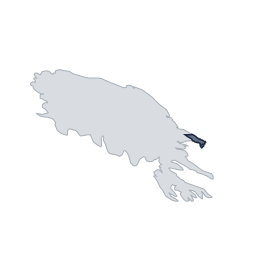 Suðurnes on a map of Iceland (Natural Earth projection), rotated 212°
{"feature_id": "ISL-704", "entity_name": "Suðurnes", "entity_type": "Independent Town", "adm_level": 1, "iso_a3": "ISL", "parent_name": "Iceland", "parent_adm1": "", "projection": "natural_earth1", "projection_center": [-22.463, 63.949], "detail": "fine", "context": "in_parent", "style": "filled", "palette": "slate", "viewbox_px": 256, "rotation_deg": 212, "n_neighbors": 0, "source": "natural_earth", "source_scale": "10m", "svg_char_len": 4522}
<svg xmlns="http://www.w3.org/2000/svg" viewBox="0 0 256 256"><g transform="rotate(212 128 128)"><path d="M195.4,95.6L197.6,95.7L201.3,94.8L206.4,92.3L208.6,91.7L213.7,91.7L207.7,94.2L205.5,96.9L203.8,98.2L203.9,98.8L208.3,100.4L210.4,99.9L211.3,100.1L212.2,100.9L212.9,102.4L212.6,104.0L211.4,105.6L209.7,106.9L210.0,107.4L211.4,107.6L218.5,106.8L219.4,108.7L220.1,109.4L220.0,110.1L217.2,112.2L220.5,110.8L223.2,110.5L227.8,111.1L229.7,111.9L230.8,113.2L233.1,112.8L234.2,113.6L234.2,114.4L233.3,116.7L230.7,117.8L232.4,119.4L233.8,119.5L234.1,119.8L234.0,120.8L231.9,121.9L235.4,123.2L235.9,123.7L235.8,125.1L235.2,125.9L234.2,126.4L231.7,126.5L230.3,127.0L230.8,127.9L230.5,130.4L228.6,132.4L226.8,133.5L225.1,134.2L220.1,133.4L220.4,135.1L218.6,136.2L219.0,137.1L219.7,137.5L219.4,138.7L217.2,141.1L215.7,141.8L212.5,142.8L208.0,144.9L203.3,144.9L192.0,148.0L187.5,149.7L179.6,154.7L176.2,156.0L170.3,156.6L152.8,159.9L150.9,161.9L150.8,162.4L151.6,163.1L150.3,164.5L147.6,165.5L146.4,165.5L144.2,164.7L143.9,165.1L144.8,166.1L136.2,167.9L124.2,167.0L113.6,164.5L105.2,164.0L99.2,160.6L99.0,160.1L99.6,159.0L101.8,158.6L100.7,157.6L97.2,159.4L96.0,159.3L94.5,158.6L94.4,157.9L91.5,157.6L86.3,155.4L85.9,154.9L87.1,154.2L86.9,154.1L84.1,154.2L80.0,156.2L56.0,157.0L55.2,155.9L54.2,152.0L55.0,150.4L56.0,150.5L58.8,152.8L65.3,151.5L67.9,150.7L70.3,148.6L71.7,147.9L73.6,145.2L75.6,143.5L79.7,142.8L76.0,142.3L70.0,144.4L67.9,144.4L68.9,143.5L70.9,142.5L69.5,142.4L69.0,141.9L68.9,140.9L70.0,139.3L77.1,136.4L75.4,135.9L70.5,138.1L66.9,138.8L63.9,137.8L62.5,136.5L62.6,135.9L64.3,134.2L64.0,133.8L62.9,133.7L59.7,132.1L54.7,132.3L42.2,131.3L32.9,133.5L30.6,132.5L28.8,130.3L29.2,129.5L30.8,129.0L35.4,129.1L42.1,128.1L45.2,126.8L46.4,127.1L47.0,127.7L51.1,126.8L53.3,125.7L57.1,126.2L71.1,125.6L72.9,124.1L73.6,122.4L73.3,122.1L68.1,123.6L67.0,123.6L61.0,122.8L58.9,121.8L59.6,121.1L62.7,119.4L70.7,116.6L71.9,116.1L72.0,115.4L68.8,114.3L62.8,114.6L61.2,113.2L56.2,112.4L52.9,112.9L51.1,112.0L31.4,116.4L25.0,114.4L20.5,114.1L20.1,113.4L22.8,111.5L24.6,111.2L26.4,111.3L29.9,112.7L32.3,113.1L29.3,111.1L29.2,109.2L28.2,108.7L27.3,107.5L27.7,107.1L31.3,107.3L37.1,109.5L39.9,109.1L43.6,107.7L35.3,106.9L32.8,105.2L34.6,104.3L38.9,104.4L34.2,101.5L34.0,100.9L34.8,99.6L40.7,100.8L37.6,99.0L37.5,98.6L38.4,98.3L38.9,97.2L40.4,96.8L43.4,97.1L48.0,99.2L48.7,99.8L48.8,101.8L50.7,101.5L52.8,101.8L54.7,100.4L55.9,100.7L56.9,102.0L56.8,104.7L58.0,103.8L60.2,103.7L60.5,101.4L60.1,99.6L53.0,97.5L50.3,96.0L50.6,95.5L52.0,95.0L59.3,94.6L56.2,93.7L55.4,92.8L49.8,93.2L47.0,92.8L46.9,92.3L48.0,91.6L51.4,90.2L57.9,90.1L60.5,90.5L65.5,93.6L69.5,94.9L76.2,99.1L80.5,100.7L80.7,101.1L80.0,101.6L78.4,102.2L80.9,102.9L82.5,104.0L82.6,104.5L81.2,107.9L79.6,109.0L75.6,108.4L76.6,109.5L79.4,110.6L80.0,111.3L79.6,111.9L81.0,111.7L81.4,112.1L80.8,114.0L80.1,114.7L82.5,115.1L84.1,116.1L86.1,120.0L87.2,117.0L87.7,115.9L88.7,115.5L89.8,112.4L92.4,110.6L94.9,109.9L97.5,112.1L99.3,112.3L101.2,108.5L101.4,105.7L100.8,102.7L101.1,100.5L102.4,99.2L104.0,98.8L107.6,100.1L110.6,103.1L115.1,106.4L118.3,107.3L118.8,107.2L119.3,106.1L118.8,101.8L120.2,99.5L123.9,98.9L129.4,96.8L130.7,96.7L133.4,97.9L138.5,102.3L142.0,104.3L144.0,107.5L144.8,108.1L145.5,107.1L145.6,105.7L141.1,99.0L141.1,98.1L141.5,97.4L149.1,97.7L150.8,98.5L156.3,102.3L158.8,100.7L163.8,96.2L165.6,96.4L170.1,98.2L171.8,98.0L176.9,96.4L178.0,94.3L175.6,90.1L176.5,89.2L181.2,88.1L186.4,88.3L191.9,92.3L192.2,94.1L195.4,95.6Z" fill="#d9dde1" stroke="#a8b0b8" stroke-width="1"/><path d="M70.4,156.5L69.8,156.6L69.0,156.6L68.7,156.6L67.7,156.8L62.3,156.1L61.9,156.2L61.5,156.6L61.1,156.8L60.7,156.6L61.0,156.4L60.5,156.4L59.8,156.7L59.1,156.8L58.8,157.0L58.5,157.1L58.3,157.1L56.4,157.0L55.9,157.1L55.7,157.3L55.4,157.5L55.2,157.4L54.9,157.0L54.7,157.0L54.8,156.7L55.0,156.5L55.1,156.4L55.1,156.1L55.0,155.8L54.9,155.7L54.6,155.6L54.4,155.3L54.7,155.1L55.1,154.1L55.3,153.9L56.2,153.9L56.3,153.8L56.2,153.6L55.6,153.8L55.2,153.7L54.8,153.5L54.4,153.2L54.3,152.7L54.6,152.2L54.7,151.7L54.7,151.2L54.7,150.9L54.7,150.7L54.8,150.5L55.0,150.3L55.2,150.2L55.5,150.3L56.1,150.7L56.8,150.9L57.4,151.4L57.9,152.0L58.1,152.7L57.8,152.7L58.2,153.0L58.7,153.1L60.6,153.1L61.1,153.1L61.4,152.9L61.2,152.7L61.3,152.5L61.6,152.3L61.8,152.2L62.1,152.1L63.1,152.0L63.8,151.7L64.0,151.6L64.3,151.7L64.8,151.9L65.0,152.0L65.6,151.9L66.5,151.4L68.3,152.5L70.4,152.4L73.0,152.3L76.0,152.5L71.1,155.6L70.8,156.0L70.4,156.4L70.4,156.5Z" fill="#64748b" stroke="#1e293b" stroke-width="1.5"/></g></svg>